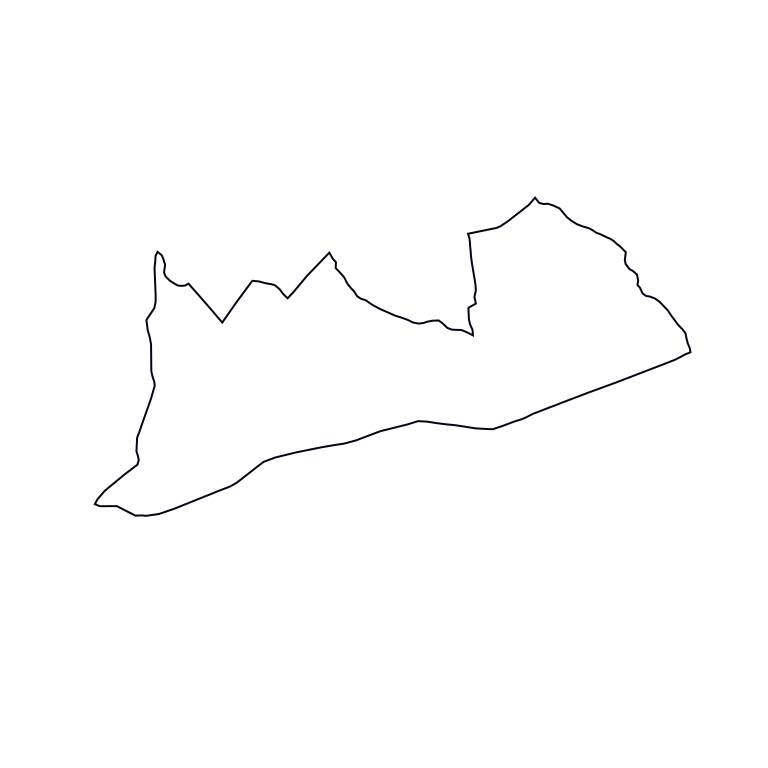 outline of Roysambu, Nairobi, Kenya, rotated 26°
{"feature_id": "3690345B88472168203612", "entity_name": "Roysambu", "entity_type": "district", "adm_level": 2, "iso_a3": "KEN", "parent_name": "Kenya", "parent_adm1": "Nairobi", "projection": "orthographic", "projection_center": [36.883, -1.208], "detail": "fine", "context": "isolated", "style": "outline", "palette": "ink", "viewbox_px": 768, "rotation_deg": 26, "n_neighbors": 0, "source": "geoboundaries", "source_scale": "gbopen_adm2", "svg_char_len": 2481}
<svg xmlns="http://www.w3.org/2000/svg" viewBox="0 0 768 768"><g transform="rotate(26 384 384)"><path d="M438.1,150.3L435.7,159.5L424.1,183.2L419.7,190.9L416.7,194.4L393.7,212.1L396.9,215.6L399.1,219.0L401.1,222.5L403.7,226.7L406.0,230.7L410.0,236.8L419.3,249.8L423.2,255.5L425.6,259.8L427.1,266.1L431.3,271.4L426.5,278.5L431.7,288.2L435.0,292.5L439.9,296.6L442.6,301.3L438.6,301.2L434.8,301.2L429.7,301.6L424.7,303.9L421.1,305.4L416.3,305.8L410.4,303.9L405.4,302.9L399.9,305.8L395.6,309.0L392.7,311.9L388.9,314.4L383.2,316.0L376.8,316.0L371.2,316.6L363.9,317.7L355.2,318.0L347.9,318.3L339.1,318.0L330.4,316.7L326.2,317.5L321.4,316.9L316.5,313.9L312.0,312.2L307.2,309.9L301.4,305.6L295.0,302.9L289.8,301.0L287.4,295.6L283.1,293.9L277.3,289.9L267.3,320.9L262.7,339.7L259.8,349.3L253.8,347.2L248.5,344.5L242.3,343.0L238.0,344.0L232.7,345.5L226.7,346.6L220.4,349.0L215.5,375.4L212.5,394.5L211.7,399.7L193.2,391.6L164.3,379.5L162.2,382.6L158.8,384.7L155.3,385.9L151.5,385.6L146.5,385.1L140.6,383.1L137.4,380.2L135.0,372.8L130.7,368.2L127.8,365.7L122.5,364.5L122.6,369.2L124.5,373.7L127.0,380.5L140.3,405.2L142.8,410.5L144.3,416.5L142.4,430.7L148.0,439.1L153.4,445.2L157.3,450.6L163.9,463.8L169.3,474.6L172.8,478.9L176.5,482.6L178.7,486.1L181.1,499.9L183.8,523.7L185.3,535.8L185.6,540.4L191.0,553.0L194.5,556.7L197.0,560.0L197.7,564.7L190.6,578.7L179.8,602.5L177.0,613.4L176.8,618.8L182.2,618.4L197.3,610.9L218.3,611.3L224.1,608.2L227.9,606.8L238.6,599.6L250.5,587.7L282.0,552.8L290.6,543.6L294.9,537.3L305.4,515.8L309.9,506.8L318.3,497.9L322.0,494.8L335.0,484.0L354.6,469.0L364.3,462.0L374.5,454.9L383.5,447.0L401.4,428.0L423.0,409.9L430.8,402.5L439.0,399.0L448.1,396.2L456.7,393.3L466.7,389.6L485.9,383.7L498.2,378.5L501.9,376.7L505.1,373.5L508.4,370.3L517.8,360.4L522.5,356.0L525.8,352.4L530.7,345.8L543.7,331.8L546.9,328.5L552.1,322.8L571.7,301.9L593.8,278.9L597.9,274.5L634.8,234.8L638.8,229.5L641.7,225.4L645.5,221.2L643.4,218.0L639.1,214.2L635.3,209.7L632.8,206.3L628.5,204.1L622.4,201.9L611.8,196.4L606.8,193.4L595.3,189.2L590.2,188.4L584.9,188.8L580.9,189.9L576.8,189.3L571.9,185.3L568.4,183.9L567.1,179.6L563.3,174.7L558.1,173.3L554.1,173.1L548.5,170.1L546.0,166.8L543.6,159.6L539.5,158.1L535.6,156.8L531.7,156.0L527.8,154.8L524.2,154.3L519.3,154.5L513.5,154.5L508.6,155.0L504.6,154.4L500.3,154.1L494.0,155.2L487.5,155.8L481.3,155.2L475.4,153.9L464.9,149.2L457.6,149.4L452.5,150.1L448.5,152.3L444.0,153.2L438.1,150.3Z" fill="none" stroke="#020617" stroke-width="2"/></g></svg>